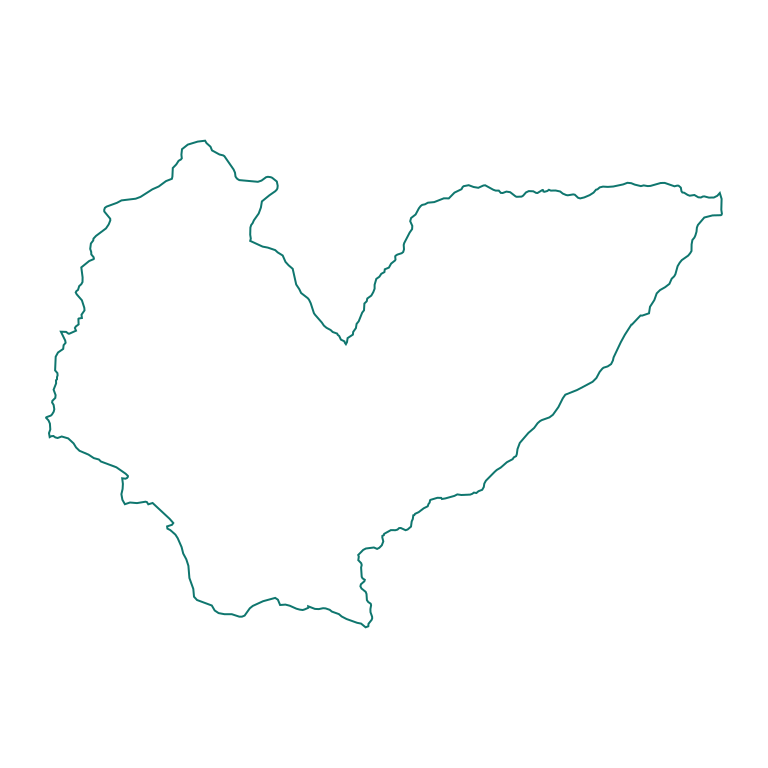 Choachí, Cundinamarca, Colombia (Mercator projection)
{"feature_id": "7082276B43680544899028", "entity_name": "Choachí", "entity_type": "district", "adm_level": 2, "iso_a3": "COL", "parent_name": "Colombia", "parent_adm1": "Cundinamarca", "projection": "mercator", "projection_center": [-73.903, 4.577], "detail": "fine", "context": "isolated", "style": "outline", "palette": "teal", "viewbox_px": 768, "rotation_deg": 0, "n_neighbors": 0, "source": "geoboundaries", "source_scale": "gbopen_adm2", "svg_char_len": 6050}
<svg xmlns="http://www.w3.org/2000/svg" viewBox="0 0 768 768"><path d="M104.3,211.5L110.2,218.7L110.3,220.4L108.7,224.4L106.0,228.4L96.0,235.9L93.5,238.6L93.2,240.5L90.9,243.5L90.2,248.9L91.2,251.9L91.3,254.4L93.6,257.2L93.9,258.6L93.7,259.1L89.2,261.0L81.3,267.4L82.6,277.4L82.5,282.0L81.3,284.2L79.2,286.1L78.0,289.9L76.4,291.1L75.7,292.4L76.7,294.3L81.9,300.3L84.3,307.8L84.5,310.4L81.5,314.7L81.9,318.0L78.8,318.5L78.4,318.9L78.6,324.4L75.8,326.5L74.9,328.0L76.0,330.7L69.3,333.7L68.5,333.7L66.1,331.9L60.9,331.7L65.2,340.5L65.6,342.8L63.6,345.2L63.2,348.9L58.0,352.5L55.7,356.7L55.1,370.4L57.4,373.1L57.6,375.3L57.0,377.1L57.0,379.3L56.0,380.3L56.1,383.4L53.6,389.7L55.6,395.1L55.3,397.9L52.4,400.8L52.1,402.5L53.6,404.9L54.3,409.2L53.7,411.7L51.9,414.6L50.8,415.6L46.4,417.2L46.1,417.8L48.5,420.4L49.9,423.6L50.3,429.4L49.0,433.1L49.7,437.1L51.3,436.2L53.4,436.0L55.3,437.4L57.6,438.0L61.7,436.5L68.2,438.4L73.6,443.4L76.1,447.5L79.5,450.8L88.5,454.6L93.8,458.1L98.9,459.5L100.9,461.5L116.4,467.3L125.6,473.7L127.9,475.9L127.9,476.8L127.0,478.0L125.5,478.7L122.2,478.3L122.9,483.9L122.6,488.9L121.4,494.2L122.4,499.8L124.9,504.2L130.0,502.5L137.0,503.1L145.5,501.7L146.9,502.1L148.3,504.3L152.6,503.0L169.6,518.8L173.3,523.0L172.0,524.8L167.1,526.4L167.4,528.6L170.3,530.1L175.4,534.6L177.7,538.2L181.6,547.1L183.2,553.5L186.3,559.3L188.4,565.8L189.4,578.0L193.3,588.9L194.0,596.7L197.0,600.0L211.8,605.5L214.7,610.5L218.6,613.1L224.5,614.2L231.8,614.2L239.4,616.7L241.9,616.7L244.6,615.6L249.8,608.3L252.8,605.9L263.1,601.2L275.2,597.9L277.9,599.7L280.1,605.0L285.4,604.6L289.7,605.7L296.4,608.7L299.7,609.6L302.7,610.0L304.7,609.4L308.3,607.8L308.2,606.3L314.9,608.9L318.8,609.1L323.1,608.2L325.6,608.4L329.7,609.8L331.9,611.6L338.9,614.1L341.7,616.5L346.5,619.0L357.1,622.8L361.1,623.6L365.6,627.3L368.3,626.3L368.5,623.8L371.6,619.9L372.2,618.3L372.1,616.7L370.5,612.2L370.4,609.1L371.1,605.2L370.7,603.7L368.2,602.0L366.9,600.1L366.5,594.0L365.7,591.9L361.5,588.5L360.4,586.3L360.9,584.3L364.4,581.2L364.8,579.8L362.6,578.4L361.7,576.8L361.1,567.5L361.7,565.0L361.2,563.2L358.3,560.2L358.8,556.6L358.2,555.0L363.2,549.9L365.9,548.5L373.9,547.5L377.1,548.9L379.3,547.8L381.8,545.3L383.3,541.4L382.3,537.4L382.4,535.8L383.8,535.2L384.2,533.8L390.9,530.1L395.4,530.2L397.5,529.6L399.1,528.1L400.8,528.0L405.6,530.2L407.6,529.5L411.0,526.6L411.7,521.4L412.8,519.0L413.3,515.3L414.3,515.1L415.1,513.8L418.6,512.2L423.7,508.3L427.7,506.3L428.5,504.0L429.6,502.6L430.1,500.2L430.7,499.8L437.4,497.8L441.2,497.9L441.9,499.0L445.4,498.4L454.4,495.9L457.3,494.4L461.4,495.0L470.2,494.6L472.3,493.8L473.9,492.6L476.4,493.0L478.5,491.2L482.2,489.8L483.8,487.0L484.3,483.6L485.9,480.7L494.7,471.8L496.7,470.0L500.7,467.6L506.9,462.2L512.6,459.2L513.8,457.4L516.1,456.1L516.8,454.2L517.5,449.1L519.8,442.9L528.4,432.9L534.1,428.0L537.6,423.2L540.0,421.1L541.8,420.1L549.4,417.4L552.9,414.8L558.4,407.1L562.8,398.3L565.3,394.7L577.1,390.0L592.6,381.8L596.4,378.0L599.7,371.8L602.3,368.7L603.5,367.7L607.7,366.4L611.1,364.1L612.9,360.5L613.6,357.4L620.8,342.2L624.9,334.7L631.4,324.6L631.9,324.6L640.5,315.5L642.2,315.6L649.0,313.3L650.0,306.8L654.3,300.1L656.7,293.4L660.0,290.1L665.1,287.2L669.4,283.9L671.7,278.7L674.2,276.3L675.4,274.2L677.6,266.2L679.7,262.7L681.8,260.1L688.2,255.6L690.1,253.3L691.5,251.0L691.6,244.4L692.4,240.0L694.4,237.6L695.4,235.4L696.5,231.7L696.9,227.6L697.9,225.0L704.3,217.5L712.6,215.4L720.8,215.2L721.5,214.8L721.9,213.7L721.3,209.8L721.6,198.9L719.8,193.0L717.3,195.8L713.9,197.5L708.9,197.6L704.4,196.4L702.9,196.5L700.9,197.5L698.3,197.3L694.4,195.0L689.7,195.7L687.6,194.9L684.1,192.7L682.4,192.5L681.5,191.3L680.8,187.6L678.6,185.7L677.2,185.6L674.5,186.3L664.7,182.9L660.7,183.0L650.5,185.9L647.8,186.1L643.7,185.4L640.9,186.1L634.7,184.6L631.3,183.2L627.4,182.8L623.2,184.4L613.3,186.5L607.8,186.9L603.0,186.6L599.7,187.4L597.5,189.3L596.0,189.7L593.6,192.6L589.7,195.1L584.3,197.4L580.2,198.4L578.1,197.8L574.8,194.7L573.2,194.4L567.8,195.3L566.1,195.0L562.8,193.6L560.2,191.5L555.6,190.5L550.8,190.6L548.9,189.8L547.3,191.0L544.4,191.8L543.4,191.5L543.1,190.2L542.4,190.0L537.5,193.0L536.1,192.9L533.3,191.3L528.8,191.1L526.0,192.4L523.1,195.7L521.6,196.6L516.7,196.8L515.6,196.4L510.2,192.2L506.4,191.6L502.7,193.0L500.8,192.9L498.8,190.6L495.7,190.6L493.4,189.8L485.2,185.3L483.4,185.5L478.3,187.8L473.6,187.0L468.7,185.2L463.6,186.2L462.6,187.1L461.5,189.2L454.5,192.6L448.8,198.4L443.9,198.3L434.2,202.1L427.9,202.7L425.0,204.3L422.2,204.9L420.7,206.0L418.9,208.3L415.6,214.5L411.1,218.0L410.2,221.2L412.3,225.9L412.1,229.1L409.7,232.5L404.2,243.1L403.7,245.0L404.0,249.3L403.2,252.0L401.7,253.2L397.3,254.6L395.5,255.8L395.2,256.6L395.5,259.6L395.0,260.5L391.1,263.6L388.9,267.6L384.8,269.3L384.4,272.1L381.3,273.8L379.4,276.7L376.3,278.9L374.6,284.8L374.6,288.7L373.3,292.1L371.3,295.6L367.3,298.5L366.7,301.3L364.4,303.5L364.0,310.3L362.2,312.6L358.7,321.3L356.6,323.9L355.9,328.1L353.2,331.9L352.9,334.6L347.6,338.1L347.0,342.1L345.9,344.2L344.8,342.7L344.5,341.4L340.9,339.6L339.2,336.0L337.7,334.8L337.2,333.6L332.7,332.0L330.6,330.0L326.5,327.8L323.9,325.6L321.8,322.5L314.9,314.6L313.9,313.1L310.7,303.2L309.0,299.7L307.8,298.2L301.1,293.0L299.3,289.2L296.2,284.5L292.7,268.8L288.6,265.3L285.5,261.9L282.7,255.5L277.7,252.4L275.2,250.1L267.8,247.6L262.6,246.6L250.2,240.9L250.8,238.6L250.2,234.7L250.4,227.5L251.2,225.0L252.6,223.2L253.9,220.3L258.7,213.5L260.9,207.5L261.9,201.4L269.4,195.3L275.3,191.2L276.8,189.6L277.4,188.4L277.7,185.8L276.8,181.5L272.2,177.8L270.8,177.2L267.9,176.8L266.1,177.2L261.5,180.6L257.9,181.8L239.3,180.1L237.3,178.9L236.2,177.6L235.5,176.5L235.0,172.7L233.6,169.5L224.4,156.2L223.2,155.4L219.5,154.5L212.0,150.4L210.5,146.7L206.5,143.1L205.1,140.7L197.7,141.6L187.8,144.6L182.0,149.2L181.4,154.7L181.8,158.3L181.0,159.4L178.6,160.8L176.3,164.4L172.8,168.0L172.4,176.6L171.9,178.8L166.0,181.1L158.7,186.5L152.4,189.3L140.5,196.9L135.7,198.7L121.5,200.4L117.0,202.8L106.6,206.6L104.9,207.8L104.2,209.9L104.3,211.5Z" fill="none" stroke="#0f766e" stroke-width="2"/></svg>